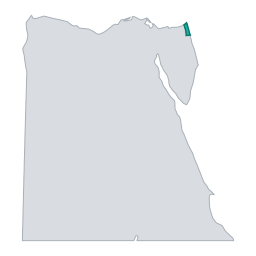 location of Rafah, Shamal Sina', Egypt
{"feature_id": "37247803B35204215208430", "entity_name": "Rafah", "entity_type": "district", "adm_level": 2, "iso_a3": "EGY", "parent_name": "Egypt", "parent_adm1": "Shamal Sina'", "projection": "equal_earth", "projection_center": [34.237, 31.05], "detail": "fine", "context": "in_parent", "style": "filled", "palette": "teal", "viewbox_px": 256, "rotation_deg": 0, "n_neighbors": 0, "source": "geoboundaries", "source_scale": "gbopen_adm2", "svg_char_len": 3179}
<svg xmlns="http://www.w3.org/2000/svg" viewBox="0 0 256 256"><path d="M233.6,240.6L227.8,240.6L222.0,240.6L216.1,240.6L210.3,240.6L204.5,240.6L198.6,240.6L192.8,240.6L187.0,240.6L181.2,240.6L175.3,240.6L169.5,240.6L163.7,240.6L157.8,240.6L152.0,240.6L146.2,240.6L140.4,240.6L137.0,240.6L137.6,238.5L138.0,237.0L137.6,236.0L136.5,235.7L135.7,236.0L133.9,240.5L133.0,240.6L131.0,240.6L124.2,240.6L117.4,240.6L110.6,240.6L103.8,240.6L97.0,240.6L90.2,240.6L83.5,240.6L76.7,240.6L69.9,240.6L63.1,240.6L56.3,240.6L49.5,240.6L42.7,240.6L36.0,240.6L29.2,240.6L22.4,240.6L22.5,235.3L22.6,229.9L22.8,224.6L22.9,219.3L23.0,213.9L23.1,208.6L23.3,203.3L23.4,198.0L23.5,192.7L23.7,187.3L23.8,182.0L23.9,176.8L24.1,171.5L24.2,166.2L24.3,160.9L24.5,155.6L24.6,150.4L24.8,145.1L24.9,139.8L25.0,134.6L25.2,129.3L25.3,124.1L25.5,118.9L25.6,113.6L25.8,108.4L25.9,103.2L26.1,98.0L26.2,92.8L26.4,87.6L26.5,82.4L26.7,77.2L26.9,72.0L26.7,71.0L25.9,67.5L25.2,63.1L24.4,57.6L24.3,55.8L22.9,50.2L22.8,48.6L23.3,47.4L26.0,42.7L26.9,40.4L27.6,37.6L27.9,35.4L27.3,32.0L26.5,28.9L26.3,25.7L26.2,22.6L27.6,20.5L29.3,18.6L29.9,17.4L30.9,16.0L31.6,15.4L32.8,18.1L35.4,18.6L44.2,16.1L53.8,18.6L59.1,19.6L67.3,21.7L72.2,25.4L73.5,25.9L77.1,25.8L79.4,28.1L88.8,29.1L93.7,31.6L96.5,33.6L98.2,34.2L99.7,34.1L101.8,33.3L104.4,31.9L107.2,30.0L113.1,25.1L115.1,24.2L116.5,24.5L118.1,24.4L118.8,23.1L119.7,22.1L120.2,21.1L121.1,19.9L124.1,19.5L130.2,17.4L129.5,18.4L124.0,20.8L126.3,21.1L128.7,20.3L131.5,19.7L132.0,18.7L132.4,16.8L132.9,16.5L134.8,16.9L140.4,19.8L141.8,19.9L145.8,18.3L146.7,17.9L148.0,18.8L150.9,22.5L149.8,22.4L146.7,19.3L146.4,20.9L144.6,23.6L146.8,24.8L148.7,25.3L149.6,26.8L150.2,28.2L152.0,27.6L153.3,25.7L152.7,24.7L152.2,23.6L152.8,23.6L154.1,24.4L157.6,28.0L158.8,28.7L160.2,28.6L163.1,27.6L163.9,27.8L167.9,26.4L168.3,27.4L169.0,28.4L172.1,27.3L177.0,27.3L181.1,26.2L185.8,23.4L186.2,22.9L186.4,23.6L187.0,25.5L188.4,30.4L189.6,34.2L191.2,39.5L191.6,41.5L191.8,43.0L194.1,48.8L195.4,53.6L196.4,57.5L197.7,63.2L198.3,65.2L197.4,66.2L195.4,70.0L193.4,81.8L190.5,91.1L190.1,96.9L189.6,99.0L188.2,101.9L186.5,104.8L183.5,103.3L178.5,98.2L175.7,93.4L172.6,90.3L169.7,86.2L168.9,83.2L168.9,81.3L167.7,76.7L166.7,74.5L163.2,69.6L162.2,67.0L161.4,65.8L160.7,64.2L159.4,57.8L158.0,53.8L156.4,54.9L156.7,56.6L155.3,58.9L154.4,61.7L155.1,63.9L158.0,67.3L158.5,68.8L159.2,72.0L159.1,76.4L159.5,77.9L161.7,81.1L162.4,83.1L162.9,84.7L163.6,86.3L165.8,89.1L168.9,94.5L171.8,98.2L173.9,99.9L174.8,101.7L175.0,106.3L174.9,108.5L176.7,112.6L177.4,114.7L179.2,116.4L180.1,118.3L180.8,121.5L182.0,130.8L183.5,133.1L188.4,145.4L192.6,153.2L194.6,159.1L197.6,166.2L203.7,181.8L207.3,186.7L208.7,189.4L211.3,191.5L214.1,194.5L211.4,194.2L210.8,194.4L209.8,194.9L209.4,196.8L209.2,198.3L209.5,206.2L210.3,210.3L212.7,218.0L214.5,220.3L215.3,221.8L216.5,222.9L222.1,225.6L225.4,231.1L232.9,238.2L233.6,240.1L233.6,240.6Z" fill="#d9dde1" stroke="#a8b0b8" stroke-width="1"/><path d="M190.3,35.1L189.6,33.4L188.8,30.3L187.7,26.4L187.1,24.0L186.9,23.5L186.5,22.8L185.9,23.5L185.3,24.0L184.7,24.4L184.0,24.9L184.0,25.0L185.7,30.3L186.2,34.7L186.2,35.5L190.3,35.1Z" fill="#14b8a6" stroke="#0f766e" stroke-width="1.5"/></svg>